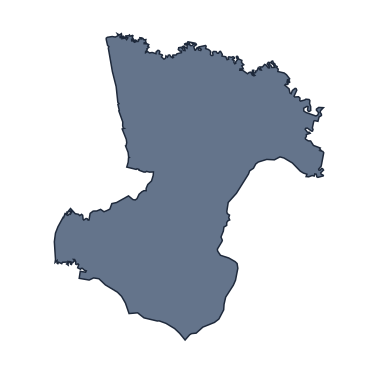 Aceh Utara, Aceh, Indonesia (Natural Earth projection), rotated 282°
{"feature_id": "22746128B43339434023645", "entity_name": "Aceh Utara", "entity_type": "district", "adm_level": 2, "iso_a3": "IDN", "parent_name": "Indonesia", "parent_adm1": "Aceh", "projection": "natural_earth1", "projection_center": [97.205, 4.994], "detail": "fine", "context": "isolated", "style": "filled", "palette": "slate", "viewbox_px": 384, "rotation_deg": 282, "n_neighbors": 0, "source": "geoboundaries", "source_scale": "gbopen_adm2", "svg_char_len": 6013}
<svg xmlns="http://www.w3.org/2000/svg" viewBox="0 0 384 384"><g transform="rotate(282 192 192)"><path d="M325.7,77.0L324.6,76.1L323.1,76.5L317.9,78.9L316.8,80.5L315.4,80.2L293.2,89.1L279.3,95.9L264.3,100.8L263.2,102.2L262.3,101.3L256.7,103.9L256.2,103.5L246.1,109.7L242.4,110.4L240.2,111.5L240.1,112.3L239.1,110.6L229.8,116.8L226.7,117.9L223.0,117.9L223.9,117.0L217.4,121.3L212.8,122.8L212.7,123.4L212.1,122.8L207.9,123.4L202.8,123.0L202.5,132.7L203.3,133.4L203.0,135.5L202.3,135.6L201.5,140.8L201.9,142.5L202.7,143.2L202.6,146.3L203.6,150.1L200.3,150.6L194.4,150.1L190.2,147.2L186.0,146.4L183.8,146.9L183.3,144.7L181.8,142.9L178.8,140.7L174.0,139.6L172.4,138.1L172.3,135.8L175.0,130.7L166.0,120.4L164.0,116.0L158.2,115.2L156.0,112.4L154.4,110.0L156.0,106.2L153.6,102.7L152.8,99.3L149.9,96.8L143.2,97.1L142.9,96.2L144.0,95.1L144.1,93.9L142.1,92.0L142.6,91.2L146.5,89.9L147.2,88.6L145.6,87.1L146.6,85.5L146.5,82.3L150.6,76.6L146.3,74.4L146.4,73.1L146.1,74.7L147.9,75.6L147.0,77.0L148.2,77.4L147.7,78.6L144.9,77.6L145.1,76.8L143.3,75.4L143.7,73.9L144.8,74.4L144.6,72.3L140.3,71.7L140.5,71.2L130.1,68.1L123.4,67.0L114.7,67.7L97.6,72.5L94.7,72.7L96.9,74.3L94.4,74.8L94.0,75.7L95.6,76.2L94.8,79.5L96.3,79.9L97.5,84.3L96.8,85.4L95.5,84.3L94.8,86.0L96.1,85.5L97.4,86.3L98.3,85.6L98.2,87.6L96.2,88.2L96.0,89.1L96.7,89.3L98.4,88.0L98.1,90.0L100.3,91.5L101.4,90.1L101.6,91.2L99.8,92.7L97.3,93.2L97.1,94.2L98.0,95.4L97.4,96.3L94.1,95.9L93.2,99.1L94.3,99.5L94.5,100.7L93.1,103.1L92.9,105.0L91.4,104.6L91.2,99.2L84.1,99.6L84.5,109.7L87.5,113.6L87.8,119.0L83.1,126.6L78.5,139.9L75.3,144.8L69.5,150.0L60.0,155.7L62.5,163.9L58.9,171.2L58.6,184.7L59.1,186.8L58.1,193.9L54.8,203.4L51.2,209.3L45.8,216.0L51.9,219.4L53.4,221.0L54.8,225.4L62.1,230.7L69.1,241.1L73.3,244.7L83.3,247.5L88.8,246.7L96.2,246.8L109.4,251.8L114.7,252.9L126.9,252.7L131.4,251.0L132.9,248.6L135.1,241.7L136.0,233.0L139.6,229.3L141.4,228.7L149.8,231.6L151.1,231.7L154.0,229.7L160.3,230.8L164.3,230.5L166.5,232.9L169.4,232.3L171.4,233.2L172.5,234.7L174.6,233.2L177.2,233.5L178.2,231.0L180.1,230.1L189.3,229.6L199.9,235.7L221.2,243.5L224.7,244.0L228.0,247.2L232.6,248.5L235.1,250.6L239.4,258.3L240.6,265.9L244.6,270.7L244.4,274.8L241.3,284.1L234.9,293.6L233.7,297.0L233.3,300.7L230.8,300.4L231.1,303.0L233.1,306.1L233.0,308.2L235.3,308.4L235.2,309.9L232.8,310.9L232.5,312.1L235.0,317.0L235.6,317.0L236.4,314.5L237.5,313.9L240.8,316.1L241.8,315.1L242.1,314.0L239.8,312.6L239.9,311.4L240.7,311.1L244.2,313.0L257.8,312.7L258.9,311.5L259.1,308.7L259.7,309.4L260.7,307.9L261.7,308.3L262.8,301.1L266.6,297.4L266.2,295.1L267.3,292.1L268.4,291.6L270.0,292.3L272.0,291.9L274.0,295.4L274.8,294.4L274.5,292.4L277.0,289.6L278.0,290.0L278.5,291.6L276.4,296.3L276.6,297.2L278.3,297.4L279.7,296.4L286.6,296.4L287.3,297.1L287.3,300.5L291.8,300.7L293.7,302.7L295.0,302.4L296.6,300.8L298.2,300.8L301.8,303.0L301.1,298.4L299.0,296.5L298.0,296.6L295.8,299.4L293.4,299.0L292.1,297.4L293.5,286.8L294.5,284.5L297.1,283.8L299.7,286.7L299.5,287.8L296.3,287.9L295.1,289.1L295.1,289.9L296.4,291.2L300.3,290.3L302.9,288.6L305.9,288.3L306.8,287.3L306.5,284.1L305.4,283.1L303.5,279.3L303.9,278.4L306.3,278.1L307.3,276.4L306.3,272.7L306.9,271.9L313.4,273.3L314.8,272.3L314.8,271.3L312.2,269.1L308.7,268.5L309.2,267.2L313.1,265.5L315.8,260.5L316.9,261.2L316.9,262.8L317.6,263.5L319.1,262.1L320.1,262.1L320.2,263.2L319.2,264.1L319.6,264.7L320.9,264.2L321.6,261.5L322.1,263.6L323.0,264.0L326.4,260.0L327.6,257.4L327.7,250.9L330.1,250.8L331.3,249.0L332.4,249.2L333.1,246.9L334.3,246.7L335.4,244.7L336.9,243.7L336.2,242.5L334.8,242.4L333.5,245.1L331.1,247.1L330.4,244.2L332.2,242.8L332.9,241.1L334.8,241.3L334.7,239.7L333.1,239.0L330.6,241.6L329.5,241.9L329.3,240.8L331.7,237.9L331.9,236.5L329.0,235.0L328.4,232.4L325.7,234.4L325.6,233.1L327.3,231.0L324.1,230.3L323.4,228.8L322.1,229.4L321.5,228.5L321.6,227.1L323.9,226.9L323.6,225.9L321.0,226.3L319.1,229.3L318.5,228.4L318.9,226.7L321.5,224.6L320.9,223.1L319.2,221.7L321.6,216.2L321.0,213.4L322.3,213.3L323.2,216.5L325.8,214.5L327.2,216.2L329.0,213.5L331.1,213.4L331.8,209.9L334.0,208.6L334.2,207.8L333.3,207.2L330.9,209.0L328.3,207.7L326.9,208.0L326.3,207.1L327.6,206.0L329.2,205.9L329.9,204.0L330.6,204.2L331.5,205.7L332.4,205.4L332.9,204.0L332.0,202.8L331.9,199.9L331.0,199.4L329.5,200.2L328.7,198.8L331.3,196.9L331.2,193.1L332.9,193.0L335.5,190.7L335.2,189.9L333.2,189.0L333.0,187.9L334.4,186.4L333.9,183.7L332.7,183.1L330.4,184.1L329.6,183.3L329.6,182.3L330.4,181.4L333.4,181.0L334.8,178.6L335.1,175.5L337.6,175.5L338.1,174.7L335.3,168.5L334.7,168.5L333.5,171.4L332.2,171.1L332.3,168.9L334.3,167.8L334.4,167.1L331.4,165.9L331.4,165.3L334.5,163.5L337.0,165.7L337.8,165.1L336.9,162.8L335.2,161.5L334.9,160.2L336.2,158.6L337.4,158.4L338.0,159.0L337.5,161.5L338.2,162.6L338.1,156.8L337.1,156.4L335.7,157.4L336.1,155.1L335.3,154.0L334.5,154.3L334.6,156.8L331.6,157.2L332.9,153.3L332.2,152.5L330.7,154.9L328.9,155.8L328.7,154.2L330.2,152.9L331.2,151.0L330.4,149.0L328.4,149.0L327.3,151.1L327.6,152.4L326.1,152.7L324.1,148.6L322.7,147.9L322.0,144.9L320.7,144.7L320.0,145.9L319.2,145.3L319.9,143.2L321.4,141.7L320.9,140.4L318.8,140.0L319.7,138.2L317.2,138.2L316.1,137.0L317.8,134.0L319.5,134.7L320.0,134.3L320.3,131.2L322.8,131.3L323.5,130.2L323.5,129.2L321.6,127.8L319.8,128.0L320.2,124.0L319.2,121.5L320.2,119.2L318.6,117.6L319.5,117.4L321.8,118.6L322.6,118.1L324.7,119.8L325.3,118.4L327.1,119.1L327.6,117.5L327.1,114.3L328.0,114.2L328.6,116.0L330.1,115.1L331.5,115.2L330.9,113.3L331.9,112.2L331.3,110.9L332.3,110.9L332.1,109.0L331.2,109.5L329.9,107.9L328.9,108.4L327.9,107.8L328.7,105.8L327.4,106.0L326.5,104.6L327.4,102.9L328.0,104.4L328.5,104.3L327.3,101.6L328.9,101.1L329.2,103.0L331.2,101.3L332.5,101.8L332.8,101.2L331.5,99.0L332.6,98.2L331.7,97.5L330.9,94.8L329.9,95.1L329.4,97.2L327.4,96.4L328.7,94.8L327.5,91.8L328.5,91.9L329.5,93.5L330.1,92.7L329.6,91.3L328.1,90.6L328.1,89.6L328.9,89.3L330.4,90.7L332.2,90.0L330.5,88.2L331.2,86.1L329.7,87.3L327.6,84.8L327.5,81.6L325.7,77.0Z" fill="#64748b" stroke="#1e293b" stroke-width="1.5"/></g></svg>